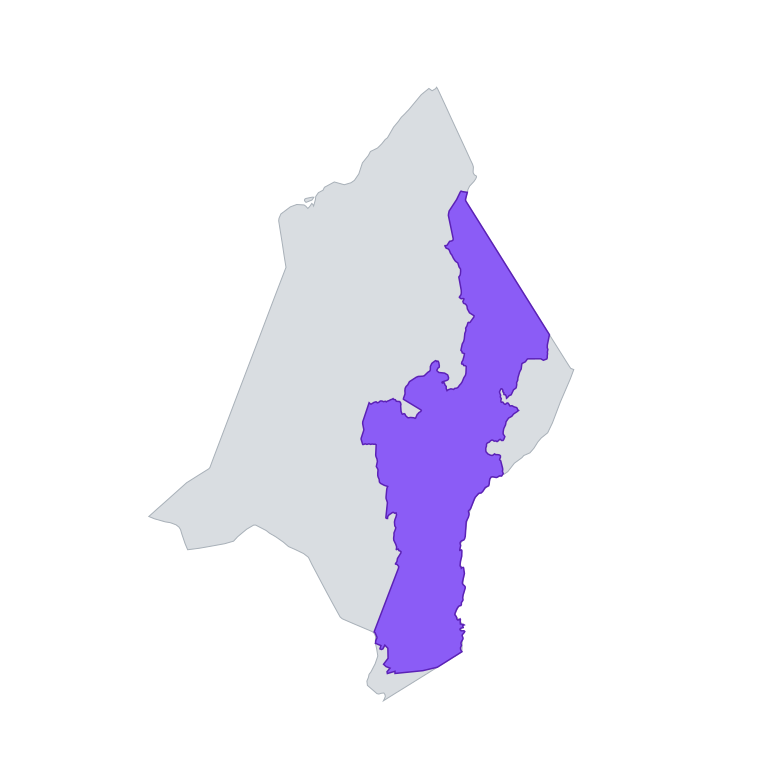 Rift Valley highlighted on a map of Kenya, rotated 201°
{"feature_id": "KEN-890", "entity_name": "Rift Valley", "entity_type": "Province", "adm_level": 1, "iso_a3": "KEN", "parent_name": "Kenya", "parent_adm1": "", "projection": "equal_earth", "projection_center": [36.059, 0.919], "detail": "fine", "context": "in_parent", "style": "filled", "palette": "violet", "viewbox_px": 768, "rotation_deg": 201, "n_neighbors": 0, "source": "natural_earth", "source_scale": "10m", "svg_char_len": 8912}
<svg xmlns="http://www.w3.org/2000/svg" viewBox="0 0 768 768"><g transform="rotate(201 384 384)"><path d="M212.0,465.5L211.9,455.6L212.9,430.3L212.8,408.2L213.7,397.1L217.8,390.1L219.6,385.0L221.0,377.8L223.1,372.0L227.9,367.3L228.8,364.7L233.9,356.8L237.0,346.6L239.3,343.2L242.2,340.0L244.2,338.3L247.5,336.6L250.2,335.7L250.6,334.8L250.9,333.2L250.0,326.9L251.1,324.8L252.9,320.6L255.0,316.7L256.8,314.2L257.8,311.7L258.3,307.2L258.4,304.1L258.4,299.0L257.8,287.3L255.6,277.6L254.3,266.6L255.3,263.1L253.6,256.7L252.7,256.3L251.3,254.9L249.6,248.9L248.2,243.4L247.4,242.0L241.6,237.2L238.8,225.8L235.5,223.3L233.8,212.0L233.5,208.8L235.3,197.6L235.1,195.0L233.2,192.6L227.8,190.2L223.4,185.6L223.9,184.0L224.3,182.3L222.0,181.2L215.3,161.9L223.9,150.4L232.7,138.7L243.9,123.9L254.2,110.3L263.1,98.6L271.0,88.1L270.8,90.1L270.8,92.8L271.8,94.4L273.4,95.5L275.7,94.3L277.7,92.7L279.6,92.4L291.5,96.7L293.5,100.5L293.4,104.6L293.9,107.6L293.0,110.6L292.0,119.6L292.3,127.8L295.8,133.9L299.0,138.7L301.6,145.5L303.4,147.5L306.0,148.6L314.2,148.9L326.3,149.3L338.0,149.8L339.0,149.9L341.5,150.8L352.3,159.9L362.1,168.3L370.4,175.5L378.5,182.6L386.3,189.4L392.4,195.1L398.4,196.9L408.2,197.7L414.9,198.0L421.2,200.3L430.5,202.6L437.4,203.7L441.6,205.0L453.2,206.3L455.1,205.6L460.2,199.2L465.9,189.0L468.1,183.4L475.5,177.8L488.5,169.9L497.7,164.4L507.9,158.9L512.5,163.7L518.9,171.4L521.8,175.2L524.1,176.9L527.6,178.0L531.8,178.0L534.1,177.9L538.8,176.9L549.8,175.9L556.1,176.0L550.9,186.2L544.5,198.5L532.9,221.1L524.0,233.0L517.2,242.0L516.6,243.6L516.7,253.6L516.8,278.1L517.0,327.1L517.1,376.1L517.3,425.1L517.3,449.6L517.3,457.8L523.3,468.1L529.0,478.2L536.7,491.5L540.8,498.6L541.4,501.0L541.2,505.8L534.9,515.8L529.8,520.3L522.8,522.5L520.8,522.0L518.0,520.6L517.0,523.0L516.1,526.7L514.6,526.0L513.5,524.9L514.1,531.5L514.9,534.7L513.8,539.2L510.4,543.0L510.1,546.3L502.8,554.8L492.5,555.8L487.0,560.0L484.6,563.5L482.8,571.1L483.4,582.7L480.5,591.7L480.0,596.2L474.6,602.0L472.2,607.3L470.5,612.7L469.0,615.1L467.1,627.3L464.6,634.6L464.0,637.1L463.4,639.3L461.4,643.6L460.2,646.6L459.3,648.6L452.9,667.5L448.0,676.0L444.2,675.0L441.6,678.3L441.3,679.9L440.0,679.0L436.7,675.9L430.1,669.5L423.5,663.1L416.9,656.6L410.3,650.2L403.7,643.8L397.1,637.4L390.5,631.0L383.9,624.5L380.0,620.8L378.3,618.6L376.9,614.1L376.3,613.0L374.5,611.6L372.4,611.3L371.8,610.5L371.9,608.3L372.6,605.3L375.0,599.4L375.3,595.9L374.8,592.0L374.0,585.7L373.4,584.2L369.0,580.9L359.8,574.0L350.6,567.1L341.4,560.2L332.2,553.3L323.0,546.4L313.8,539.4L304.6,532.5L295.5,525.6L286.3,518.7L277.1,511.8L267.9,504.9L258.7,497.9L249.5,491.0L240.3,484.1L231.1,477.2L221.9,470.3L218.4,467.7L215.3,465.5L212.0,465.5ZM518.0,532.7L516.4,533.2L517.2,529.9L521.9,525.6L523.9,526.6L524.2,527.5L524.1,528.4L523.3,529.3L518.0,532.7Z" fill="#d9dde1" stroke="#a8b0b8" stroke-width="1"/><path d="M291.3,135.2L292.9,135.3L293.1,138.7L299.1,138.8L299.2,139.8L299.7,141.1L299.6,144.4L299.9,145.2L303.3,148.7L304.4,149.0L304.5,217.2L304.8,218.7L305.6,219.4L307.1,220.2L308.7,220.0L308.9,220.4L308.3,222.8L308.9,226.0L307.7,232.3L308.0,233.5L308.6,233.8L310.4,233.8L311.2,234.8L311.7,235.0L312.8,233.9L313.2,233.9L313.8,236.4L315.5,238.5L318.9,241.7L319.8,243.6L320.5,246.5L321.3,248.5L321.3,252.9L321.6,254.3L323.1,255.4L324.8,258.9L325.2,261.3L325.2,263.9L325.4,266.4L326.6,268.0L327.6,267.2L329.3,267.5L329.9,267.2L332.3,263.8L332.8,262.7L333.0,261.4L332.5,259.7L333.6,259.4L334.1,259.6L334.4,260.0L338.2,274.1L338.5,274.8L341.0,277.8L341.6,279.2L343.5,285.9L343.9,287.8L343.8,289.7L347.4,289.5L351.7,290.0L353.2,290.9L354.3,293.2L356.1,295.0L357.0,296.3L358.0,298.9L358.8,301.7L359.6,302.6L361.6,304.2L362.4,309.3L363.7,311.5L365.5,313.4L366.3,314.7L369.5,324.4L370.6,324.7L371.9,324.1L373.6,323.7L374.9,322.8L376.6,322.8L378.3,321.5L380.2,321.4L381.2,320.4L382.0,319.9L382.3,320.0L385.1,323.6L385.7,324.4L385.9,325.3L386.3,333.2L386.5,334.2L389.7,339.3L390.3,341.1L391.2,361.2L389.4,360.5L388.8,360.6L386.8,363.2L385.1,364.5L384.5,364.5L384.0,364.1L383.4,364.1L382.3,365.0L381.6,366.5L381.0,367.0L379.7,367.4L378.2,367.3L376.5,368.4L375.5,368.1L374.7,369.2L373.4,370.3L371.9,372.0L370.9,372.7L370.3,373.6L369.4,373.1L367.8,373.4L366.3,372.3L363.2,373.2L362.1,372.7L360.9,371.1L360.6,369.5L358.3,364.6L356.4,362.5L355.7,362.5L354.7,363.5L353.6,363.4L352.5,362.2L349.8,361.1L349.1,361.2L347.2,362.3L344.0,363.2L342.7,363.0L342.3,363.5L342.1,367.5L341.6,368.4L341.3,369.6L339.8,371.6L339.7,372.8L340.4,373.1L360.4,376.7L360.7,377.7L360.8,382.1L361.2,383.3L362.1,385.2L362.7,387.6L362.5,389.6L361.5,391.8L361.1,395.3L356.3,401.9L354.8,403.3L350.6,405.2L349.4,406.1L347.3,410.6L346.2,412.1L345.8,413.0L345.9,414.0L347.0,417.0L346.8,420.1L346.5,420.9L344.3,424.3L343.8,424.4L342.8,423.9L342.0,424.7L341.5,424.6L340.5,423.6L338.8,420.7L338.5,419.3L339.3,418.3L339.6,415.7L339.4,415.4L337.0,414.4L331.3,415.9L327.9,415.3L327.3,414.7L325.9,412.9L325.7,411.6L325.8,411.0L326.5,410.0L330.3,406.9L330.5,406.4L329.9,405.8L328.4,406.7L327.9,406.5L326.9,405.1L325.0,404.0L324.4,402.2L322.8,400.3L322.5,400.6L322.1,401.6L319.8,403.5L317.0,403.9L316.5,405.2L314.8,406.1L313.8,407.2L313.0,410.1L312.3,411.8L311.8,414.0L311.7,418.4L311.1,421.4L311.4,423.5L313.5,429.8L314.4,430.2L316.3,429.8L317.0,430.8L318.5,430.5L318.9,430.8L319.2,432.3L318.9,434.5L319.3,438.8L319.8,441.2L322.2,441.1L322.8,442.2L324.3,443.0L325.3,449.4L324.9,452.4L325.2,454.8L326.7,460.3L326.7,462.6L327.0,463.9L327.8,465.4L327.4,468.1L327.6,471.3L327.3,471.8L326.1,472.0L325.8,472.3L324.1,478.8L324.4,480.0L329.7,481.1L333.1,484.0L334.3,486.2L335.1,487.0L336.7,487.9L338.1,487.8L338.9,488.1L340.0,489.4L339.7,491.4L340.0,492.2L340.7,492.2L342.5,491.2L344.6,491.8L344.8,492.1L344.1,495.1L344.5,496.8L345.5,499.2L352.5,510.7L352.0,512.7L352.1,514.0L352.9,516.8L353.8,518.8L355.8,520.1L358.5,523.5L360.6,524.0L361.8,524.5L364.2,526.2L367.2,529.0L368.5,529.6L371.2,532.5L372.5,533.1L374.7,533.1L376.7,534.8L376.7,535.0L375.4,535.6L374.8,536.3L373.9,540.7L372.1,541.8L371.3,542.8L371.2,543.5L371.5,544.5L384.3,564.4L384.7,565.8L385.2,568.8L382.3,582.2L381.6,590.5L381.2,591.7L379.7,591.7L374.9,592.8L374.1,585.7L373.4,584.3L247.2,489.3L245.5,478.9L244.6,476.4L243.4,475.0L242.9,472.2L242.2,471.0L241.7,468.8L241.0,467.0L241.0,465.7L243.7,463.3L246.7,463.7L258.3,459.2L259.1,458.7L260.0,455.4L262.5,452.6L262.3,451.1L261.3,447.2L261.7,443.9L261.2,437.7L260.5,435.4L260.7,432.8L259.8,430.8L259.3,428.2L259.4,427.4L261.0,425.0L261.4,419.5L263.0,418.0L264.0,415.4L264.5,414.6L265.4,416.2L266.6,417.4L267.1,417.5L267.9,417.1L268.3,417.2L269.1,418.9L270.2,419.3L270.9,420.9L271.8,421.6L272.6,421.7L273.1,421.3L273.4,418.2L273.0,417.4L271.1,415.3L270.8,413.6L269.3,412.4L268.9,410.1L268.2,409.1L267.7,409.0L266.9,409.6L266.5,409.6L264.7,408.5L263.7,408.4L263.3,408.6L262.6,410.1L261.6,410.7L259.7,409.6L258.9,408.7L258.2,408.8L256.7,409.6L254.4,409.3L251.9,409.5L251.0,409.1L249.9,407.8L248.9,407.6L249.6,406.2L252.3,402.4L253.1,399.7L255.5,396.8L256.5,392.5L255.9,389.4L256.2,385.2L255.6,382.0L254.8,380.0L252.3,378.2L252.3,375.3L252.6,374.0L253.9,373.4L255.7,374.0L256.3,373.4L257.4,371.1L257.9,370.7L259.2,370.9L260.7,370.1L262.1,370.5L263.1,370.4L264.2,369.3L264.9,367.4L266.4,366.0L266.7,364.9L266.6,364.0L266.1,362.9L266.0,360.6L264.9,357.9L264.3,357.2L261.8,355.9L259.1,355.7L257.5,356.0L256.9,356.5L255.7,358.4L254.5,358.1L252.2,358.9L250.6,359.1L249.5,358.6L249.0,357.2L249.1,355.4L248.9,354.7L247.5,354.1L243.1,347.9L242.3,346.2L242.3,345.1L240.6,343.1L241.2,340.2L243.3,339.6L244.8,337.6L245.7,336.9L249.2,336.4L250.6,335.6L251.2,333.2L250.7,330.9L250.0,328.5L249.8,326.5L252.4,323.6L253.3,319.0L254.3,317.0L256.0,316.2L256.5,315.6L258.2,311.0L258.4,309.8L258.5,298.5L259.6,295.8L259.4,295.1L258.0,293.2L257.7,292.2L257.5,289.9L257.9,285.0L253.5,270.7L253.3,268.5L253.6,267.0L255.3,265.5L255.9,264.5L256.1,263.2L255.7,262.2L254.5,260.6L254.0,256.6L253.6,255.8L253.2,255.9L252.5,256.8L251.9,256.7L251.5,256.2L249.7,251.1L249.1,246.0L248.0,241.9L247.7,241.4L246.3,240.5L245.8,239.7L245.5,240.3L244.4,241.2L243.8,240.9L243.5,240.4L241.0,235.9L239.8,227.2L239.3,225.9L238.4,225.1L236.3,224.3L235.4,223.6L235.0,222.2L234.5,215.1L234.0,212.8L232.9,210.9L232.8,210.3L233.4,207.6L232.7,205.7L232.7,205.1L232.9,204.6L234.2,203.9L235.0,202.2L235.4,199.9L235.5,195.2L235.2,194.0L233.0,192.6L231.6,190.6L230.8,190.1L229.6,190.6L228.8,192.0L228.3,191.6L227.6,189.2L226.7,187.3L223.7,188.0L222.8,187.8L224.0,186.6L223.4,185.7L222.8,185.3L222.7,185.0L224.7,183.6L225.2,182.8L225.1,182.0L224.2,181.3L223.3,181.3L220.9,182.3L219.9,181.9L220.0,180.8L221.0,178.0L220.9,177.1L219.2,175.2L218.9,174.3L219.4,171.0L219.3,169.6L218.0,167.7L218.1,165.2L217.5,163.8L216.5,162.8L215.3,162.0L232.7,138.7L245.0,130.3L270.0,117.7L270.8,119.7L277.1,114.9L278.1,116.5L276.5,120.9L280.8,120.9L284.0,122.2L281.9,129.4L285.7,138.7L289.6,140.5L290.1,136.3L291.3,135.2Z" fill="#8b5cf6" stroke="#5b21b6" stroke-width="1.5"/></g></svg>